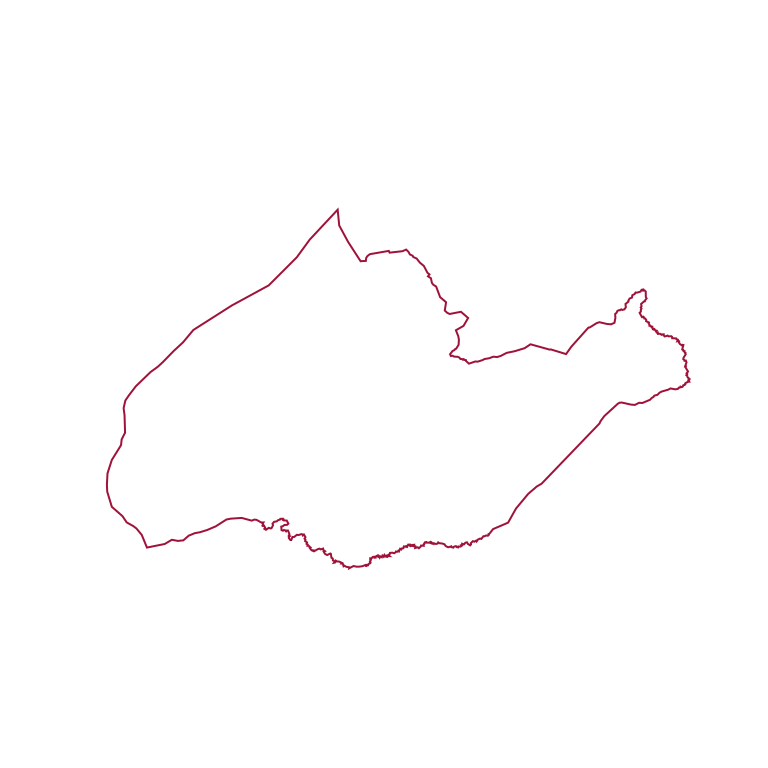 outline of East Gonja Municipal, Northern, Ghana, rotated 252°
{"feature_id": "2480657B20562210440652", "entity_name": "East Gonja Municipal", "entity_type": "district", "adm_level": 2, "iso_a3": "GHA", "parent_name": "Ghana", "parent_adm1": "Northern", "projection": "natural_earth1", "projection_center": [-1.128, 8.347], "detail": "fine", "context": "isolated", "style": "outline", "palette": "rose", "viewbox_px": 768, "rotation_deg": 252, "n_neighbors": 0, "source": "geoboundaries", "source_scale": "gbopen_adm2", "svg_char_len": 6160}
<svg xmlns="http://www.w3.org/2000/svg" viewBox="0 0 768 768"><g transform="rotate(252 384 384)"><path d="M208.1,432.2L208.4,434.2L207.6,435.9L208.1,437.0L208.9,437.0L209.1,438.1L212.3,442.9L213.8,459.2L224.8,471.1L235.0,487.3L239.3,497.6L240.5,503.1L279.9,576.8L281.7,578.4L285.4,583.6L293.0,600.3L293.4,602.3L292.9,604.4L288.0,612.7L286.6,616.1L287.3,620.8L286.1,623.9L286.8,632.2L288.0,634.3L288.5,636.5L289.4,637.5L289.2,640.7L290.6,643.4L291.0,645.7L290.8,652.5L291.2,655.2L288.9,659.4L288.5,661.9L289.4,663.3L289.1,664.2L289.9,665.1L289.0,666.2L289.1,667.1L290.4,668.4L290.1,669.3L290.6,670.5L291.5,670.6L291.8,671.2L291.9,673.1L292.4,673.5L291.9,675.0L293.6,674.7L293.8,675.9L294.4,676.2L296.4,674.8L298.1,674.9L299.0,674.3L299.8,675.5L300.7,675.1L301.9,677.0L306.7,675.9L307.4,676.5L307.7,675.8L311.1,678.4L313.0,678.3L313.2,677.0L314.0,677.1L315.1,676.3L316.4,677.0L319.0,680.1L320.3,679.9L320.5,680.3L322.0,679.5L322.5,679.9L323.2,678.9L324.0,679.1L324.7,678.3L328.6,680.8L329.0,680.2L328.7,679.2L330.6,677.8L332.8,677.2L333.4,677.9L334.4,677.2L334.3,676.3L335.4,677.1L336.3,676.0L337.1,675.9L338.5,672.2L339.8,672.5L340.6,672.1L341.4,669.3L342.4,668.7L342.4,665.8L343.7,665.0L344.8,665.4L345.3,663.9L345.0,663.2L346.5,662.0L347.0,660.0L348.4,660.3L348.5,659.4L349.6,659.0L350.4,659.8L351.2,658.5L352.6,658.2L352.4,657.5L353.0,657.3L353.1,656.7L353.8,657.0L355.0,656.1L355.7,656.8L357.4,654.4L358.2,654.9L359.9,654.4L360.6,655.0L362.7,652.7L364.0,653.2L365.5,652.7L365.8,651.8L367.2,651.8L367.5,651.0L367.9,651.1L367.9,650.0L372.7,649.1L373.5,650.7L375.3,651.2L376.1,652.2L377.5,651.8L378.4,653.0L380.6,653.2L382.1,656.6L382.0,657.6L382.6,657.7L384.2,660.2L385.9,659.9L391.1,661.5L392.6,660.7L392.7,659.4L393.8,659.7L394.0,658.1L392.6,656.5L392.7,652.8L393.3,651.5L392.1,650.2L391.7,647.6L389.6,646.6L389.4,644.0L387.6,642.0L386.8,641.9L385.5,638.4L382.2,637.7L380.7,635.7L380.8,633.4L381.7,632.7L381.2,631.0L381.6,630.5L381.4,628.6L379.8,627.1L379.2,625.5L375.4,624.5L371.0,622.1L370.6,618.4L372.2,614.6L376.2,608.0L376.2,605.1L374.2,597.1L374.5,595.9L361.6,573.7L356.2,566.4L365.3,553.4L365.5,552.2L376.5,535.6L374.6,528.8L374.8,518.4L375.7,510.3L374.6,503.5L374.7,499.8L376.2,496.4L376.0,491.9L376.7,487.3L376.3,485.4L376.3,479.9L377.2,477.9L377.1,471.1L380.6,469.1L381.4,469.3L382.0,467.8L383.0,467.5L382.8,466.6L383.3,466.5L384.2,464.4L385.9,463.8L387.1,462.5L388.4,459.1L389.7,458.0L389.9,456.3L391.9,456.0L394.3,459.5L394.4,461.4L395.1,462.1L395.3,463.6L398.3,467.1L402.9,468.9L406.4,469.4L412.9,469.0L414.7,477.6L420.8,484.4L428.9,479.5L430.3,468.1L432.2,466.1L435.1,464.5L442.6,468.3L449.3,464.2L460.6,463.7L463.1,461.6L465.3,460.8L470.1,461.3L472.8,459.1L474.2,461.1L476.3,459.7L483.9,458.4L488.4,455.6L493.3,453.8L495.7,451.1L497.1,450.9L499.3,448.6L501.9,448.2L505.0,446.6L504.6,442.6L507.2,429.9L509.1,429.7L511.7,411.7L511.8,410.5L510.8,407.8L509.4,406.0L506.7,404.8L508.0,399.7L530.1,393.8L548.6,390.4L564.1,393.8L544.3,358.0L531.5,340.3L513.4,304.8L505.7,263.5L494.3,219.4L485.7,205.7L480.4,194.2L473.1,180.3L470.3,174.2L467.6,165.9L458.6,147.4L452.2,138.1L448.2,132.9L441.5,128.9L434.5,127.6L417.7,122.7L412.4,117.4L407.1,115.0L395.9,101.7L384.4,93.4L374.0,89.4L367.1,87.5L351.3,87.2L339.0,94.5L331.9,96.5L326.3,101.7L323.1,103.9L315.3,107.0L301.7,108.0L299.6,126.0L301.4,134.1L298.5,139.4L297.3,144.8L300.1,151.4L300.6,157.8L299.9,163.1L299.8,170.8L300.6,179.9L303.8,192.3L303.3,196.6L300.6,207.3L294.9,216.0L295.1,218.8L294.2,220.8L290.3,224.4L289.6,226.5L288.8,225.4L288.0,225.7L286.8,224.6L286.3,225.0L286.2,226.2L283.8,226.6L283.2,225.5L281.8,226.7L282.8,230.0L281.6,231.6L281.6,232.4L283.9,234.8L285.6,234.8L286.9,236.9L286.5,239.6L287.2,240.9L287.2,243.2L287.8,243.7L287.1,246.3L286.6,246.6L285.9,245.9L285.3,246.4L284.2,249.3L280.7,249.9L280.0,248.2L280.7,245.8L280.0,243.6L280.1,242.2L276.6,241.4L275.7,242.6L276.1,243.5L275.6,244.6L274.1,245.3L274.7,246.2L274.3,247.4L270.4,247.7L269.1,246.5L268.4,247.4L267.9,246.3L266.9,245.9L264.6,246.7L264.3,247.6L266.8,249.7L266.3,251.4L267.5,254.5L266.7,256.3L266.8,259.0L266.3,259.8L265.0,260.0L265.6,261.3L262.6,262.0L261.4,260.6L260.0,261.2L259.0,260.4L257.1,261.9L255.9,260.9L254.9,261.8L253.8,261.2L253.5,262.3L251.2,263.6L251.0,262.7L248.5,263.6L247.6,265.4L247.3,264.8L246.5,265.7L247.4,270.0L247.3,271.9L246.3,272.6L246.3,275.2L244.9,275.0L243.3,276.2L243.1,274.8L240.5,275.5L238.9,277.1L239.4,280.5L238.8,281.0L235.0,280.3L233.9,281.3L232.0,280.9L231.6,281.7L230.3,282.2L229.5,281.2L229.4,282.5L230.9,283.6L229.7,284.6L229.0,286.4L226.9,288.7L226.4,288.0L225.9,289.3L223.2,289.2L223.5,290.2L221.8,291.6L220.3,294.5L219.5,294.0L220.3,298.8L218.8,301.3L218.0,303.8L217.4,307.0L217.6,310.4L216.6,310.5L216.3,311.1L217.3,311.6L216.6,312.9L217.5,313.5L217.8,315.6L218.5,316.1L219.3,315.6L220.6,317.0L221.2,316.6L222.5,317.1L221.9,318.1L223.0,319.8L222.6,322.0L221.7,321.4L221.4,322.4L222.5,323.0L222.9,324.7L221.7,325.0L222.3,325.8L220.2,326.2L221.2,327.2L219.9,328.4L221.3,329.5L219.8,330.3L221.2,331.5L220.3,331.7L220.1,333.3L219.3,332.4L218.5,333.7L219.2,334.6L218.7,335.9L219.8,335.1L220.3,335.6L220.2,336.7L221.5,337.5L221.0,339.8L219.9,341.4L220.4,343.2L221.0,343.6L220.3,345.1L221.0,346.1L220.2,346.6L222.3,348.4L221.3,349.3L222.1,350.0L221.8,351.7L223.4,352.7L222.0,355.3L222.9,355.3L222.7,356.0L223.7,357.3L222.8,357.9L223.4,358.3L223.3,359.1L221.7,359.4L222.3,360.8L221.8,362.8L221.3,362.3L220.7,362.9L220.5,362.2L219.7,363.7L218.4,363.0L218.3,365.6L217.0,366.4L218.1,368.8L218.9,369.3L218.0,371.5L218.6,371.4L218.9,372.5L219.4,372.4L220.8,374.0L220.6,375.3L220.0,375.2L219.2,377.8L219.5,379.6L219.1,380.0L218.2,379.3L217.2,380.6L217.5,381.2L216.5,381.9L217.0,382.4L215.8,384.0L215.7,385.7L216.6,386.6L215.5,387.4L214.4,389.9L212.9,392.0L211.0,392.5L208.9,394.5L208.8,397.8L208.0,397.7L207.0,399.4L207.6,399.9L207.6,402.3L206.4,402.8L205.7,404.0L206.5,404.5L205.7,406.5L206.2,408.2L206.9,407.8L206.9,408.8L207.9,409.0L206.8,410.7L207.9,412.3L207.8,414.0L205.9,414.4L203.9,416.1L204.6,417.2L205.8,417.4L207.1,420.0L206.1,421.1L206.6,423.1L205.6,423.4L207.1,425.4L207.3,427.6L206.6,428.7L208.5,431.5L208.1,432.2Z" fill="none" stroke="#9f1239" stroke-width="2"/></g></svg>